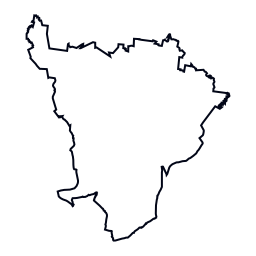 Tacotalpa, Tabasco, Mexico
{"feature_id": "50627088B19731547839915", "entity_name": "Tacotalpa", "entity_type": "district", "adm_level": 2, "iso_a3": "MEX", "parent_name": "Mexico", "parent_adm1": "Tabasco", "projection": "natural_earth1", "projection_center": [-92.714, 17.516], "detail": "fine", "context": "isolated", "style": "outline", "palette": "ink", "viewbox_px": 256, "rotation_deg": 0, "n_neighbors": 0, "source": "geoboundaries", "source_scale": "gbopen_adm2", "svg_char_len": 5620}
<svg xmlns="http://www.w3.org/2000/svg" viewBox="0 0 256 256"><path d="M124.4,238.2L126.1,237.6L127.8,237.6L130.3,235.5L132.8,232.9L133.9,232.8L133.9,232.4L134.8,231.2L137.8,229.2L139.4,227.6L140.0,227.5L140.5,227.7L141.2,227.3L141.5,227.7L141.9,227.5L143.2,226.6L145.2,224.4L145.7,223.5L146.2,223.8L147.3,222.5L150.2,221.2L153.3,218.9L154.0,218.6L154.5,218.7L154.6,218.4L155.9,217.8L155.8,217.6L156.4,216.8L155.9,214.5L155.8,213.4L156.0,205.2L156.8,199.7L157.3,198.0L157.2,197.2L157.5,196.7L157.3,196.2L157.4,195.6L158.2,194.8L159.3,192.0L160.7,189.6L161.9,186.9L161.9,172.2L162.2,170.4L161.7,166.8L162.5,166.6L163.0,166.7L166.5,174.2L166.6,174.9L167.3,173.9L169.3,167.5L170.4,165.9L172.4,164.2L176.5,162.4L178.5,162.3L182.5,161.2L186.0,160.9L186.9,160.3L188.8,158.6L190.3,158.0L193.2,155.9L196.2,153.4L197.6,150.9L198.3,150.3L199.6,148.4L201.5,145.2L202.3,144.2L202.7,143.2L202.5,142.4L199.5,138.1L202.8,135.3L203.2,134.4L203.6,132.4L203.8,130.9L203.7,130.2L201.1,125.4L203.0,122.5L215.2,106.3L219.8,108.8L220.2,108.3L221.1,107.9L221.9,107.2L220.9,106.9L219.6,107.3L218.8,106.9L218.6,106.2L218.7,105.9L219.3,106.1L220.0,106.0L220.1,105.6L219.4,105.0L220.4,104.1L221.4,105.0L221.9,104.2L222.2,104.1L222.6,104.9L222.9,104.9L223.0,104.3L221.6,102.9L221.6,102.6L222.5,102.5L223.6,103.3L223.9,102.6L224.2,103.5L224.7,103.4L225.0,103.7L225.1,102.3L223.9,101.5L223.5,100.8L224.5,100.1L225.7,100.0L225.9,101.3L226.4,101.0L226.6,100.2L226.6,99.2L225.1,99.2L225.0,98.8L226.9,98.1L226.4,97.0L226.5,96.3L227.9,96.4L228.1,96.5L228.1,96.9L228.3,97.0L229.3,96.3L229.4,95.7L229.1,94.7L228.8,94.4L228.0,94.5L227.6,94.1L228.3,93.8L228.6,93.4L227.3,92.8L226.4,93.5L226.1,93.0L213.3,91.3L213.5,88.5L214.3,87.7L214.5,87.3L213.3,84.1L213.5,83.2L214.2,82.4L214.4,81.6L213.7,79.9L214.0,78.8L213.6,78.3L212.1,77.5L211.7,77.5L211.4,78.3L211.1,78.4L210.7,77.4L210.9,76.0L210.2,75.5L209.4,75.5L208.8,75.9L208.8,76.3L209.8,77.4L209.6,77.7L209.2,77.6L208.2,76.6L206.7,75.9L206.2,75.3L206.1,74.8L206.5,73.9L207.0,73.3L205.7,71.8L204.7,71.6L203.5,69.8L196.2,70.3L196.3,69.8L196.1,68.9L195.5,69.1L194.7,67.6L194.1,67.1L193.1,66.9L192.5,66.3L192.5,65.6L191.2,64.0L190.8,66.3L185.2,65.2L184.1,71.7L183.4,71.5L183.5,70.5L180.3,70.2L180.5,69.3L178.1,69.0L179.3,57.1L182.1,57.6L182.0,57.1L182.5,56.7L183.0,55.7L184.1,54.6L184.6,53.8L184.7,53.0L183.6,52.1L183.3,51.5L182.4,50.9L182.2,50.4L179.8,50.7L179.4,49.3L179.6,48.7L179.3,47.9L177.3,46.6L178.2,42.9L178.4,41.4L178.2,41.1L177.7,41.1L177.6,40.8L176.4,40.7L176.0,40.0L175.5,39.8L175.0,39.8L173.3,39.2L172.0,39.4L171.4,39.3L170.2,35.9L170.1,34.6L169.8,34.2L169.0,34.5L167.6,36.8L168.2,36.5L168.9,36.7L169.3,37.3L169.3,37.9L168.3,39.0L168.4,39.3L168.2,39.6L168.5,39.9L168.0,41.2L167.8,41.4L167.0,41.5L164.7,39.7L164.0,40.2L163.2,40.2L162.9,41.1L161.8,45.9L159.0,45.5L158.4,45.2L158.5,44.3L154.7,43.6L156.4,41.6L153.1,40.3L152.7,41.3L141.3,39.8L139.1,39.4L139.2,39.1L134.0,38.8L133.7,46.2L131.9,45.7L130.1,45.9L129.5,46.2L128.3,46.2L128.2,51.5L125.6,50.6L125.9,49.1L124.9,49.0L125.0,48.3L123.3,48.1L123.5,44.6L118.5,44.2L118.2,47.3L113.0,53.1L109.0,52.5L110.2,56.5L96.5,47.4L95.2,47.8L95.2,42.7L93.0,42.2L80.6,48.2L80.4,48.2L81.0,47.5L82.8,46.1L83.1,45.4L83.2,43.9L81.8,44.5L76.5,48.0L72.4,46.7L70.2,47.2L69.6,46.3L68.7,45.8L68.6,43.7L68.0,44.1L67.1,50.9L49.4,48.4L46.9,33.9L47.8,25.8L42.3,25.2L41.1,20.5L40.3,20.4L39.7,20.7L38.8,19.6L39.4,18.6L39.3,17.9L38.6,17.6L37.2,17.6L37.6,16.4L36.2,16.2L36.1,15.4L35.6,15.4L35.3,15.7L34.3,15.4L33.5,20.7L33.6,21.5L32.4,21.1L31.9,21.9L34.1,22.5L32.8,26.9L31.6,25.4L30.7,26.1L31.0,26.5L30.7,27.0L30.0,26.1L29.2,26.8L29.6,27.3L28.9,28.1L28.6,27.8L27.9,28.7L28.6,29.5L27.8,30.3L28.2,30.8L27.7,31.9L28.0,32.1L27.6,32.7L27.4,32.5L26.6,33.8L26.6,38.8L28.1,38.8L28.5,40.5L29.1,40.3L29.4,42.0L30.3,41.7L30.6,42.4L30.8,42.3L31.2,43.0L31.8,42.7L33.1,45.5L32.4,45.9L33.0,47.3L28.2,49.8L30.7,56.7L30.4,58.2L35.6,63.8L37.0,65.8L39.7,68.8L46.8,69.1L48.3,77.9L49.3,77.4L54.8,78.2L55.4,80.3L55.1,81.7L53.6,83.6L53.0,85.3L53.2,86.3L54.8,88.6L55.0,89.9L54.4,90.3L55.0,91.7L52.8,96.7L52.8,98.4L56.2,109.6L54.3,111.2L57.5,115.5L57.9,116.0L58.3,116.0L58.4,116.5L58.7,116.7L58.8,117.3L59.3,117.3L59.5,116.5L60.0,116.2L60.4,116.2L60.2,116.5L60.4,117.2L61.2,116.9L61.9,116.1L62.5,116.0L62.2,116.5L62.9,118.5L64.3,119.6L64.6,119.6L66.2,121.2L67.1,122.1L69.4,125.9L70.3,125.3L69.9,130.6L71.1,132.5L71.6,132.9L72.6,135.1L73.2,135.6L72.9,136.9L73.0,138.2L73.6,138.3L73.4,140.7L74.1,142.7L74.4,144.5L73.8,145.9L70.7,148.9L70.3,150.3L71.4,151.1L71.9,151.9L72.5,155.1L72.9,156.5L73.3,159.9L73.4,164.9L73.6,167.3L73.9,168.8L74.2,169.2L76.1,169.5L76.5,169.8L76.3,171.2L76.4,172.6L78.0,180.4L78.0,182.0L77.7,183.5L76.5,186.1L74.5,188.3L70.0,189.6L64.2,189.9L60.8,190.5L57.7,191.5L58.8,196.5L60.3,197.9L61.4,198.6L63.2,199.5L66.3,200.6L67.8,201.5L71.6,204.3L72.7,206.2L73.0,206.0L73.6,204.5L72.8,203.9L72.8,203.0L72.5,202.3L72.5,201.5L71.9,200.5L71.9,199.7L72.6,198.2L75.4,198.1L77.3,197.9L81.7,197.0L82.7,196.6L83.1,197.0L85.3,196.9L87.3,196.0L88.7,194.8L89.7,195.2L91.1,194.6L93.8,194.0L95.7,192.6L96.0,192.7L96.7,192.4L97.0,192.9L96.7,193.3L96.7,194.3L96.1,194.6L96.4,195.2L96.0,195.7L95.7,195.4L95.3,196.3L95.0,197.1L95.1,197.5L94.4,198.3L94.3,199.5L94.0,199.8L93.9,200.5L99.6,205.6L102.7,208.8L103.0,208.8L103.5,209.8L103.7,210.6L104.6,210.8L104.9,211.0L105.2,212.2L106.1,212.8L106.9,214.6L107.0,216.0L106.3,219.5L105.9,222.8L105.4,224.6L105.8,225.2L105.8,226.5L105.0,229.6L109.0,230.8L111.6,231.0L111.8,231.5L111.6,232.6L112.3,236.1L111.8,236.6L111.9,236.9L113.1,238.2L113.1,239.8L113.4,240.4L113.7,240.6L115.5,240.5L122.1,238.6L124.4,238.2Z" fill="none" stroke="#020617" stroke-width="2"/></svg>